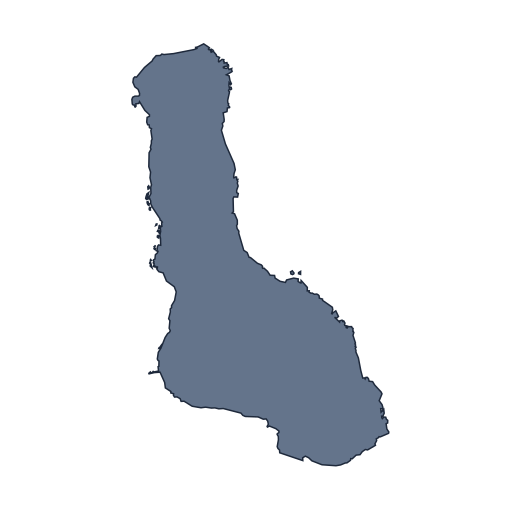 Fefen, Federated States of Micronesia, rotated 175°
{"feature_id": "79324940B58883222100719", "entity_name": "Fefen", "entity_type": "district", "adm_level": 2, "iso_a3": "FSM", "parent_name": "Federated States of Micronesia", "parent_adm1": "", "projection": "natural_earth1", "projection_center": [151.838, 7.342], "detail": "fine", "context": "isolated", "style": "filled", "palette": "slate", "viewbox_px": 512, "rotation_deg": 175, "n_neighbors": 0, "source": "geoboundaries", "source_scale": "gbopen_adm2", "svg_char_len": 6117}
<svg xmlns="http://www.w3.org/2000/svg" viewBox="0 0 512 512"><g transform="rotate(175 256 256)"><path d="M234.2,228.7L238.9,232.3L239.2,235.0L243.6,235.6L245.9,239.8L249.1,243.2L250.3,243.1L250.7,243.7L250.4,245.2L251.5,246.7L255.2,248.6L261.6,254.9L263.0,255.3L264.5,260.2L267.7,262.7L271.2,280.2L270.9,282.2L272.4,284.9L272.7,287.9L271.8,289.3L271.5,293.3L273.7,300.0L276.0,300.9L274.6,302.2L273.8,315.3L272.9,316.8L269.2,316.3L268.2,319.8L269.7,320.8L269.5,323.2L267.7,327.3L268.3,330.3L267.6,332.0L268.1,332.9L267.4,333.9L268.5,334.0L268.5,336.3L269.1,336.6L271.2,335.8L271.4,336.5L270.7,340.0L269.1,343.7L269.8,350.1L276.7,370.3L279.5,384.3L277.7,388.4L278.0,391.0L276.1,392.7L275.8,394.8L276.2,401.5L272.3,402.4L271.6,406.0L269.5,406.1L269.2,406.6L270.5,408.7L269.9,410.0L270.7,410.9L270.7,413.4L268.4,420.7L268.1,422.1L268.9,422.9L268.8,423.7L267.7,424.3L266.8,423.8L265.8,424.5L266.0,426.1L266.5,426.5L267.9,425.8L268.1,428.5L267.7,431.0L266.3,428.8L265.5,429.7L266.6,432.9L267.1,437.8L269.7,439.1L264.1,441.6L263.6,442.2L264.2,443.1L263.8,444.9L266.6,444.1L267.3,446.3L269.3,445.4L272.0,446.3L272.1,447.0L270.5,447.6L266.7,447.7L266.9,449.1L267.9,449.4L268.1,451.2L270.9,451.0L270.8,452.3L271.3,452.8L270.9,454.4L272.7,454.8L276.0,452.6L276.4,453.0L276.0,455.2L275.0,457.0L277.9,458.5L278.1,460.0L280.7,463.7L282.9,462.9L283.3,464.3L282.5,464.0L282.1,465.2L281.5,465.2L282.4,465.9L284.9,465.6L285.4,466.3L284.3,467.6L289.6,471.9L296.2,469.3L298.0,469.1L297.9,468.4L296.7,468.4L296.7,467.9L300.0,467.0L320.6,464.8L330.1,464.7L332.2,465.4L333.8,464.1L338.0,464.3L341.3,461.2L342.5,459.3L350.7,453.5L359.4,444.6L361.1,445.0L362.6,443.7L363.5,439.8L362.0,435.1L358.9,432.3L357.8,428.2L358.1,426.1L359.3,425.5L362.7,425.8L365.0,424.9L366.0,422.8L366.0,418.2L365.3,417.2L364.1,417.0L363.7,415.1L363.3,414.9L362.5,415.7L362.4,418.1L359.4,418.2L358.6,419.9L354.0,410.7L349.8,406.0L350.0,404.4L352.4,403.6L353.2,399.0L352.5,396.2L351.0,395.9L351.0,393.2L349.0,391.9L349.8,390.1L349.3,381.5L350.2,379.9L350.4,377.3L351.8,373.4L351.3,371.5L353.5,368.2L355.0,354.2L353.7,348.8L354.8,343.2L353.9,336.0L354.9,333.7L355.2,327.4L357.9,323.2L357.5,322.2L356.9,322.5L356.1,320.0L356.3,317.2L355.0,313.6L348.5,301.6L348.4,300.1L347.6,299.7L346.4,297.9L347.1,297.3L347.2,293.7L348.4,293.5L349.0,291.3L348.8,290.2L350.8,288.3L350.4,287.2L349.1,288.0L350.0,284.8L349.6,282.1L350.0,275.0L352.1,275.5L353.3,274.1L353.9,271.0L354.6,269.8L353.2,269.2L354.0,267.6L356.1,266.1L357.0,261.7L358.3,261.2L358.8,260.5L358.1,259.0L359.0,258.1L358.1,257.1L359.0,254.5L358.1,254.0L357.5,254.7L356.3,252.9L355.6,253.9L355.1,253.6L355.8,251.3L354.1,248.8L350.0,247.3L347.4,238.9L340.1,232.5L338.6,227.2L341.0,218.7L344.5,213.9L344.6,211.9L346.1,210.7L346.2,207.7L348.5,201.1L347.4,199.1L348.8,191.6L347.9,189.0L349.0,187.4L350.7,186.5L353.6,182.8L358.8,172.4L361.7,168.6L363.3,162.0L362.7,160.5L361.8,159.8L362.4,154.6L363.2,154.3L363.1,149.9L367.8,149.4L368.5,150.0L369.5,148.9L371.1,149.0L371.4,149.7L373.0,148.5L372.8,147.9L367.5,148.7L361.7,148.6L358.0,137.9L357.8,132.5L352.6,128.4L352.8,127.0L350.1,126.0L350.4,124.5L349.5,122.6L347.0,122.5L344.0,120.5L343.3,117.7L340.3,117.6L332.7,111.9L324.0,109.6L319.4,109.8L313.6,108.4L310.2,108.3L306.4,107.0L301.9,106.9L284.7,100.8L283.0,98.4L280.7,97.1L267.9,95.5L263.0,92.8L260.1,92.8L258.7,90.4L258.4,87.3L259.8,85.3L259.5,84.6L257.4,85.4L251.3,82.3L248.4,79.6L248.6,78.1L250.3,77.1L250.5,76.4L249.5,74.3L249.7,70.9L251.5,64.2L250.9,62.3L249.5,60.7L249.5,57.9L227.2,48.1L227.1,50.9L224.3,52.3L221.2,50.5L218.2,47.1L208.5,42.3L194.6,40.1L189.9,40.5L185.2,42.0L183.4,42.0L179.7,44.2L179.3,45.9L177.8,45.6L173.6,48.9L169.7,49.0L167.2,51.8L164.0,53.7L161.7,53.1L153.5,57.0L153.9,58.5L151.9,61.6L152.1,63.4L149.7,64.4L149.2,65.3L147.9,65.0L139.4,67.8L139.0,69.1L140.7,72.2L141.0,77.6L139.4,78.2L139.1,80.8L140.4,82.1L140.8,84.1L142.7,84.4L144.3,83.0L144.8,84.0L144.8,85.5L143.6,85.3L142.0,88.2L142.1,92.3L143.0,91.7L142.6,90.3L143.8,90.7L145.0,89.6L145.1,93.1L143.1,92.9L142.8,94.0L143.4,97.0L145.9,101.1L142.5,107.7L143.2,109.6L149.0,117.1L150.8,120.7L154.2,121.4L154.7,124.1L155.7,125.4L157.1,125.5L158.0,124.0L158.5,125.1L160.3,125.1L161.6,132.8L162.9,145.6L164.9,151.8L164.6,152.9L165.1,155.4L164.2,156.5L165.1,157.2L164.5,158.6L165.1,159.9L164.5,160.6L166.3,168.5L165.2,171.2L166.0,172.2L165.6,172.4L166.0,173.7L165.6,175.3L166.7,176.4L166.9,177.3L170.5,177.6L171.5,176.3L172.4,176.8L172.4,177.4L171.3,178.3L173.6,179.1L173.8,180.2L173.2,181.4L174.2,183.6L174.9,183.5L175.4,182.5L175.2,184.1L175.9,184.6L178.2,184.1L178.5,182.9L183.1,188.1L181.0,187.1L179.1,188.6L181.3,194.4L184.2,192.8L185.1,191.7L185.7,192.0L184.2,195.9L184.4,198.3L193.5,205.9L193.5,207.3L196.6,208.5L196.6,210.8L197.3,211.8L198.7,212.8L201.2,212.8L203.3,214.2L204.5,214.1L206.3,215.4L206.0,216.7L208.0,216.8L207.6,220.3L213.2,227.7L213.6,225.2L214.6,225.6L216.3,227.0L215.9,229.5L220.4,230.7L227.6,229.5L229.0,227.1L234.2,228.7ZM357.3,328.6L359.2,327.4L360.5,324.4L360.9,322.8L360.0,321.8L359.1,322.1L359.3,322.8L357.3,328.6ZM221.1,238.1L223.0,237.2L222.8,235.1L221.3,234.3L220.0,234.8L219.6,235.7L221.1,238.1ZM358.9,319.7L359.8,319.4L359.8,318.3L359.3,316.6L358.2,315.6L357.8,317.5L358.5,317.9L358.9,319.7ZM362.3,255.3L360.6,253.3L361.5,258.4L362.3,258.8L362.6,258.1L361.6,256.7L362.3,255.3ZM212.9,236.8L215.0,235.8L215.2,234.6L213.2,233.8L212.9,236.8ZM356.8,335.3L357.8,334.4L357.7,332.0L356.8,332.3L356.1,333.5L356.8,335.3ZM349.5,294.9L349.9,294.6L350.8,291.0L348.6,294.1L349.5,294.9ZM358.2,175.3L359.8,173.4L360.5,173.2L360.9,172.4L359.5,172.5L358.2,174.4L358.2,175.3ZM356.7,313.5L357.9,313.4L358.2,313.0L358.3,311.5L357.6,310.8L357.1,311.0L357.3,312.0L356.7,313.5ZM351.7,285.1L352.6,284.4L352.6,283.2L351.4,282.4L351.2,284.6L351.7,285.1ZM356.7,271.6L355.8,271.0L355.5,272.1L356.1,272.1L356.4,273.1L357.0,272.5L356.7,271.6ZM352.6,296.6L353.3,295.1L352.1,295.6L351.9,296.6L352.6,296.6ZM356.0,273.9L355.2,275.4L356.6,274.2L356.0,273.9ZM351.6,290.1L352.1,289.1L351.3,288.9L350.7,289.7L351.6,290.1ZM360.7,260.7L361.2,261.7L361.6,261.2L361.6,260.1L360.7,260.7Z" fill="#64748b" stroke="#1e293b" stroke-width="1.5"/></g></svg>